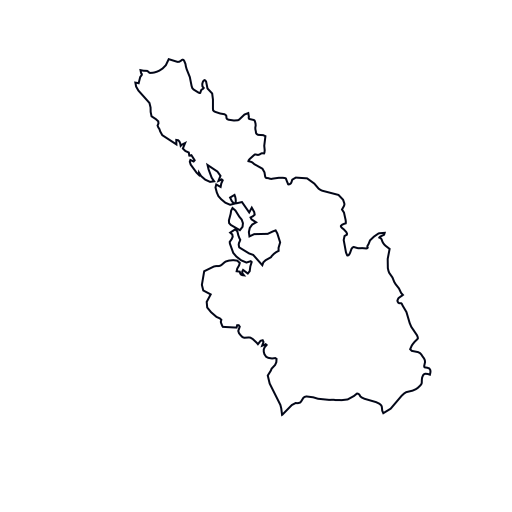 the Province of Holguín, rotated 221°
{"feature_id": "CUB-1367", "entity_name": "Holguín", "entity_type": "Province", "adm_level": 1, "iso_a3": "CUB", "parent_name": "Cuba", "parent_adm1": "", "projection": "robinson", "projection_center": [-75.695, 20.824], "detail": "fine", "context": "isolated", "style": "outline", "palette": "ink", "viewbox_px": 512, "rotation_deg": 221, "n_neighbors": 0, "source": "natural_earth", "source_scale": "10m", "svg_char_len": 6106}
<svg xmlns="http://www.w3.org/2000/svg" viewBox="0 0 512 512"><g transform="rotate(221 256 256)"><path d="M132.1,153.2L136.9,157.5L139.9,159.6L162.0,168.7L168.7,173.5L169.6,179.2L170.3,181.2L170.1,186.3L171.0,189.2L173.0,191.8L174.5,191.6L176.6,189.2L179.9,187.2L182.2,186.6L185.2,187.4L187.3,188.8L188.8,190.5L189.6,192.7L189.6,195.8L190.9,195.8L191.3,194.6L192.5,192.3L193.9,196.0L195.7,196.8L196.9,195.0L196.7,190.7L198.5,191.0L204.0,191.2L206.7,190.7L208.0,189.8L211.2,186.6L213.0,185.9L215.6,186.1L218.2,186.6L220.2,187.8L221.9,192.0L223.7,192.4L224.8,191.4L223.7,189.2L234.5,180.8L235.6,181.1L238.7,182.7L239.4,183.3L240.3,185.1L242.3,185.2L245.9,184.1L253.1,184.1L259.0,185.1L263.1,189.0L265.0,197.3L273.2,195.4L277.9,198.7L285.1,210.5L280.9,220.4L279.6,222.1L277.3,224.2L276.5,225.5L276.1,227.0L275.6,230.6L275.2,232.0L273.4,234.8L270.5,237.9L267.1,240.2L263.7,240.1L262.6,237.8L261.9,234.2L260.6,231.8L258.0,233.5L256.3,232.4L254.9,232.2L253.7,232.6L252.4,233.5L254.1,233.8L255.4,234.3L256.2,235.3L256.6,237.0L250.7,237.4L250.8,240.4L253.5,244.5L255.3,248.6L256.6,248.6L258.9,244.8L264.4,243.0L270.6,242.7L275.2,243.4L283.8,248.2L285.1,249.4L285.4,252.7L286.2,255.2L288.0,256.7L290.8,256.7L289.2,262.4L286.3,262.4L282.9,260.0L280.1,258.5L278.5,257.9L277.9,256.4L277.4,254.7L276.5,253.2L274.9,251.9L274.3,251.5L262.9,253.4L258.8,255.0L245.2,253.2L246.3,256.0L246.0,259.1L243.9,264.9L244.1,266.3L243.9,269.4L243.3,272.2L242.3,274.7L244.3,276.9L246.7,282.1L254.7,287.0L258.0,288.2L259.4,285.6L261.7,280.4L271.7,271.3L273.8,266.5L277.1,269.4L279.1,273.1L279.5,277.2L278.0,281.5L283.4,280.7L285.4,281.5L284.4,284.0L284.1,286.3L286.2,288.0L290.9,289.7L289.7,284.4L302.0,287.5L305.2,283.1L306.5,283.1L307.5,284.4L308.9,285.8L310.5,287.0L312.3,288.0L313.9,283.1L310.4,281.6L308.6,281.3L306.5,281.5L309.1,277.7L314.1,276.1L319.5,276.0L323.6,276.5L327.2,278.2L331.5,281.1L332.9,283.9L328.0,284.9L329.8,288.0L330.8,291.3L332.2,291.3L332.5,290.3L333.6,288.0L335.4,293.2L340.5,294.4L352.3,292.9L348.7,290.3L340.8,286.0L336.6,284.9L339.3,281.8L344.4,280.3L349.9,280.3L353.7,281.5L352.3,279.7L355.5,279.9L365.2,282.1L367.8,283.7L368.5,285.4L365.1,286.4L365.1,288.0L370.9,289.7L371.3,289.2L371.5,288.5L372.2,288.0L374.6,290.0L378.2,288.9L381.7,289.1L383.6,294.7L385.0,291.3L385.1,289.7L387.1,291.3L389.0,292.2L390.7,292.3L392.3,291.3L389.3,288.0L406.0,285.7L410.1,287.2L412.1,288.4L414.2,289.0L415.9,289.9L416.6,292.1L418.1,293.5L421.4,293.6L426.5,292.9L430.0,295.6L433.0,298.9L436.8,301.6L453.3,303.7L457.6,305.2L460.8,307.7L458.7,309.0L457.9,309.4L460.8,315.1L461.0,317.7L461.5,318.4L462.4,318.5L463.7,319.4L465.1,320.5L462.5,322.0L459.7,324.2L459.1,324.4L456.6,324.4L455.9,324.8L454.3,326.4L453.2,327.7L451.7,330.1L450.6,332.4L449.5,336.2L449.2,340.8L451.0,347.3L442.6,351.0L441.4,352.2L440.8,353.9L440.6,355.2L440.2,356.0L439.4,356.4L438.1,356.1L435.3,354.7L433.2,353.0L430.9,351.5L423.3,347.6L416.2,342.1L414.2,340.9L412.3,340.7L406.6,341.6L405.5,342.0L405.1,342.5L406.1,345.0L406.2,345.7L405.7,347.4L405.7,348.5L407.6,348.8L408.8,349.9L409.6,350.9L410.4,352.7L410.5,353.4L410.5,354.0L410.3,354.9L409.5,355.2L408.1,354.9L402.5,350.6L395.7,349.9L391.1,345.8L385.2,339.0L383.9,337.8L382.7,337.7L381.4,338.0L376.6,340.0L372.8,342.3L371.4,342.5L370.4,342.3L368.7,340.7L367.6,340.4L366.2,340.8L361.5,343.8L358.7,346.6L358.2,347.9L357.5,355.2L355.6,358.8L352.6,356.3L352.3,355.6L351.5,355.0L350.8,355.1L346.9,357.2L346.0,357.3L345.1,356.9L343.2,355.6L341.8,354.2L340.8,352.5L339.7,351.3L337.7,349.8L336.8,348.9L335.5,348.5L333.9,348.8L329.9,351.9L327.5,352.6L322.1,344.6L318.8,341.5L317.5,339.6L317.2,338.7L318.9,337.5L319.4,336.6L319.9,335.0L320.4,334.1L320.9,333.5L323.0,332.3L323.4,332.0L323.7,330.8L324.4,325.0L324.3,323.3L323.9,322.6L322.0,323.6L320.9,324.0L320.1,324.2L317.5,324.2L308.4,326.1L304.5,324.7L301.1,321.9L300.0,321.5L299.1,321.8L298.4,322.4L297.6,322.9L296.3,323.4L294.9,324.3L294.1,325.4L290.0,330.1L286.8,332.8L285.3,333.8L284.3,334.1L281.6,332.6L280.3,332.0L278.8,331.2L278.3,331.4L277.7,332.3L277.4,333.3L277.4,334.0L277.6,334.8L278.7,337.4L277.4,341.3L268.4,348.1L259.5,348.9L252.9,347.9L250.6,348.2L248.9,348.7L233.8,356.2L227.2,355.6L223.8,353.6L223.0,352.8L222.4,351.4L221.6,347.5L218.1,346.5L211.9,341.9L210.4,340.5L209.7,339.5L210.5,338.3L211.5,336.2L211.7,334.5L211.2,333.9L209.8,333.6L207.2,333.7L203.6,333.3L202.0,332.6L201.4,331.7L202.3,329.2L200.3,325.6L190.4,317.7L187.6,316.3L187.0,316.6L186.6,318.1L187.1,320.2L188.6,324.0L188.7,325.7L188.2,326.9L184.5,328.6L183.5,329.3L180.8,331.8L177.6,334.1L177.1,335.0L177.2,335.6L177.9,335.9L178.5,336.7L178.9,338.9L180.2,342.6L179.7,348.0L178.4,353.1L178.0,353.9L174.1,357.9L173.3,356.1L174.9,352.3L175.1,351.3L175.0,350.8L174.0,351.1L173.0,351.2L172.0,350.9L170.1,349.8L168.5,349.2L166.7,348.8L164.9,348.7L159.8,349.0L154.7,340.2L148.5,333.3L146.3,331.7L144.5,330.7L138.9,329.3L134.6,327.1L132.1,326.3L126.8,325.3L122.2,323.3L119.6,323.0L120.8,317.9L120.6,316.7L120.0,315.1L119.2,314.5L117.9,314.1L117.0,314.3L115.4,315.6L114.7,315.6L112.9,314.8L105.7,312.4L96.0,306.2L92.3,304.4L82.5,301.8L80.6,300.8L79.7,299.9L79.7,298.8L80.0,295.3L79.9,292.5L79.7,290.7L78.5,286.8L76.2,286.6L70.6,289.8L68.5,290.3L66.5,290.1L64.9,289.6L61.9,288.9L60.2,288.1L58.8,286.8L56.9,283.3L56.2,282.7L55.5,282.7L53.5,284.0L51.5,284.8L49.9,284.4L48.8,283.6L47.9,282.4L46.9,280.5L48.9,279.7L51.0,278.2L51.6,277.1L51.7,275.7L50.9,273.3L49.8,271.6L47.6,268.9L47.1,267.5L47.1,265.6L47.4,262.5L48.0,260.3L49.5,257.1L53.3,251.8L54.0,249.5L54.4,246.1L54.2,229.1L56.8,220.9L59.3,222.1L61.4,224.1L62.5,225.0L63.5,225.4L64.7,225.5L66.2,225.4L69.5,224.5L80.5,219.4L83.3,218.6L85.2,218.5L86.4,219.0L87.5,219.2L88.9,218.9L89.6,218.3L90.2,214.7L92.7,207.9L96.6,203.6L101.8,199.2L103.0,198.5L106.4,195.4L115.6,188.9L120.1,186.9L125.8,183.1L126.9,181.5L127.2,180.0L126.5,175.7L126.6,174.2L127.7,172.6L128.5,171.8L129.6,171.1L131.2,167.0L132.0,153.5L132.1,153.2ZM297.9,263.2L299.8,265.1L302.8,271.2L304.5,273.9L305.2,276.8L301.3,276.8L294.4,274.7L290.7,274.1L287.4,272.2L285.3,269.2L285.1,264.9L295.4,262.9L297.9,263.2Z" fill="none" stroke="#020617" stroke-width="2"/></g></svg>